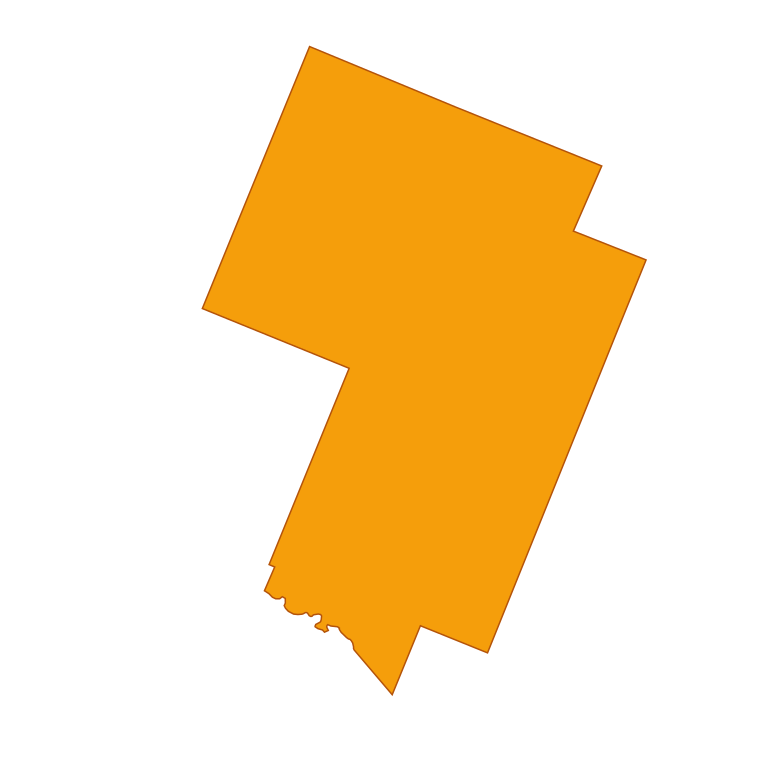 the district of Forest, Wisconsin, United States of America, rotated 202°
{"feature_id": "52423323B22880600101250", "entity_name": "Forest", "entity_type": "district", "adm_level": 2, "iso_a3": "USA", "parent_name": "United States of America", "parent_adm1": "Wisconsin", "projection": "equal_earth", "projection_center": [-88.783, 45.725], "detail": "fine", "context": "isolated", "style": "filled", "palette": "amber", "viewbox_px": 768, "rotation_deg": 202, "n_neighbors": 0, "source": "geoboundaries", "source_scale": "gbopen_adm2", "svg_char_len": 1034}
<svg xmlns="http://www.w3.org/2000/svg" viewBox="0 0 768 768"><g transform="rotate(202 384 384)"><path d="M187.5,597.2L265.7,596.7L263.8,667.7L421.0,667.6L579.4,669.0L580.4,468.5L580.7,385.9L422.2,385.5L422.9,173.5L416.8,173.4L417.4,147.5L412.1,146.5L407.6,144.5L403.9,144.3L400.3,145.8L398.6,148.7L395.2,148.2L393.4,143.9L393.5,141.1L391.2,139.1L387.5,137.4L381.6,136.8L377.5,138.0L373.9,139.8L372.7,140.8L371.3,142.6L369.9,143.1L369.0,142.9L366.6,141.2L365.7,141.1L365.1,141.0L364.5,141.2L364.2,141.4L363.7,141.8L363.5,142.3L362.9,143.6L358.8,146.1L356.4,146.5L355.0,145.6L353.9,142.0L353.8,140.3L354.1,139.2L357.2,135.5L357.2,133.6L356.9,133.1L353.6,132.4L348.9,132.9L346.2,131.6L343.3,134.6L346.1,137.2L346.4,138.8L346.0,139.8L342.6,139.7L336.2,141.5L333.9,140.9L334.0,140.4L333.3,139.6L330.7,137.7L323.8,134.9L321.5,134.3L319.8,134.5L318.1,133.7L316.0,132.1L313.7,128.8L313.2,127.4L312.0,126.2L260.0,99.0L259.7,173.5L187.3,173.5L187.4,244.5L187.6,526.6L187.5,597.2Z" fill="#f59e0b" stroke="#b45309" stroke-width="1.5"/></g></svg>